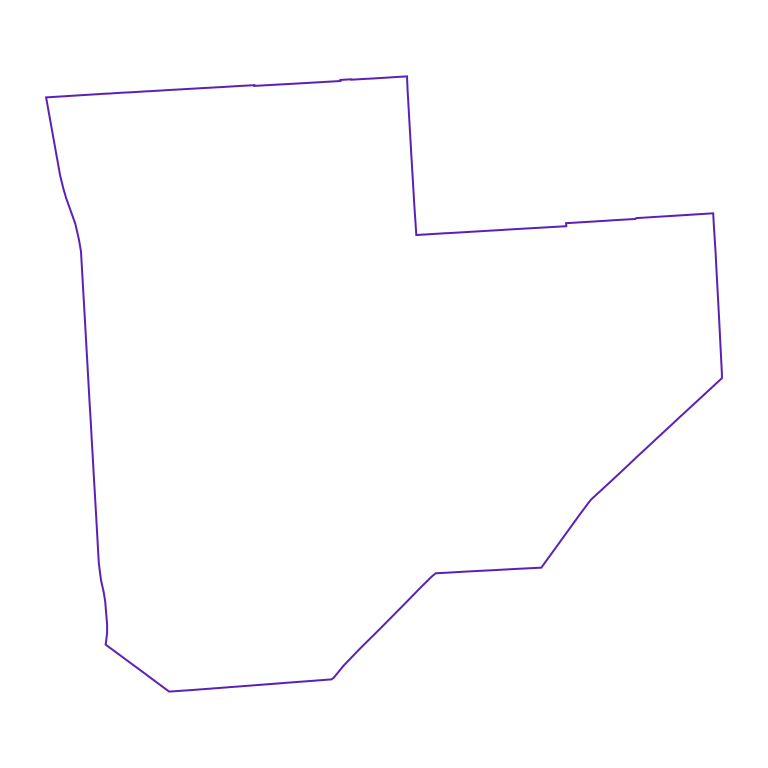 the district of Prospect, South Australia, Australia
{"feature_id": "25037944B26135803940358", "entity_name": "Prospect", "entity_type": "district", "adm_level": 2, "iso_a3": "AUS", "parent_name": "Australia", "parent_adm1": "South Australia", "projection": "albers", "projection_center": [138.598, -34.885], "detail": "fine", "context": "isolated", "style": "outline", "palette": "violet", "viewbox_px": 768, "rotation_deg": 0, "n_neighbors": 0, "source": "geoboundaries", "source_scale": "gbopen_adm2", "svg_char_len": 1986}
<svg xmlns="http://www.w3.org/2000/svg" viewBox="0 0 768 768"><path d="M331.4,679.4L333.6,677.9L343.8,665.4L344.4,664.8L359.9,648.7L380.3,628.5L396.3,612.3L400.0,608.6L410.3,598.1L421.4,586.7L431.7,576.6L435.7,573.3L446.9,572.7L467.3,571.5L483.0,570.7L492.8,570.2L516.3,568.9L530.3,568.2L541.3,567.7L546.7,560.2L556.0,547.4L560.6,541.0L572.4,524.7L578.9,515.7L588.1,503.3L591.1,499.5L605.8,486.0L609.4,482.7L625.4,467.8L633.3,460.3L636.5,457.2L643.2,451.1L655.7,439.4L669.9,426.3L678.0,418.7L687.9,409.6L721.9,378.2L721.9,375.3L721.9,373.7L719.1,318.7L717.6,290.8L716.4,268.6L715.6,253.1L715.4,249.6L713.9,226.2L713.7,222.8L713.2,213.3L636.2,218.1L635.3,219.0L624.1,219.6L614.1,220.2L611.0,220.4L608.4,220.6L567.6,223.1L566.1,223.1L566.3,226.2L503.8,229.8L503.3,229.9L483.8,231.0L482.4,231.1L481.0,231.2L464.1,232.2L447.1,233.2L445.7,233.2L444.3,233.3L416.3,235.0L415.5,222.6L414.2,203.6L413.9,198.4L413.7,194.7L411.3,154.6L410.0,132.0L408.2,100.6L407.6,90.6L407.0,76.4L396.1,77.0L385.9,77.7L377.4,78.2L374.5,78.4L363.0,79.0L360.1,79.2L351.4,79.7L351.4,79.3L340.4,79.9L340.5,81.0L297.5,83.5L275.8,84.7L254.3,85.9L254.3,85.1L252.3,85.3L240.8,85.9L237.9,86.1L235.3,86.2L232.7,86.4L220.9,87.1L219.2,87.2L215.1,87.4L213.7,87.5L212.2,87.6L206.5,87.9L200.7,88.2L197.4,88.4L192.6,88.7L192.2,88.7L183.5,89.2L165.9,90.2L164.5,90.3L149.8,91.2L144.5,91.4L142.0,91.6L130.7,92.3L121.9,92.7L119.4,92.9L115.9,93.1L110.2,93.5L101.2,93.9L99.4,94.1L98.9,94.1L46.1,97.4L59.9,174.2L60.3,176.1L63.1,187.6L66.1,198.0L75.3,223.7L79.0,239.9L80.8,250.5L81.0,251.8L85.4,328.6L89.1,394.1L89.7,404.6L90.4,415.8L91.1,428.0L91.6,437.6L92.9,459.5L93.9,477.7L94.2,482.9L94.5,487.6L95.2,499.4L96.2,516.8L97.5,539.9L98.0,549.0L98.8,562.8L99.6,569.4L101.0,580.1L102.9,588.5L103.7,592.2L105.2,601.5L107.1,624.4L107.1,633.2L105.9,642.8L105.6,644.6L131.2,663.5L138.7,669.0L154.7,680.9L167.4,690.3L169.2,691.6L187.8,690.3L188.5,690.3L225.3,687.5L287.6,682.7L331.4,679.4Z" fill="none" stroke="#5b21b6" stroke-width="2"/></svg>